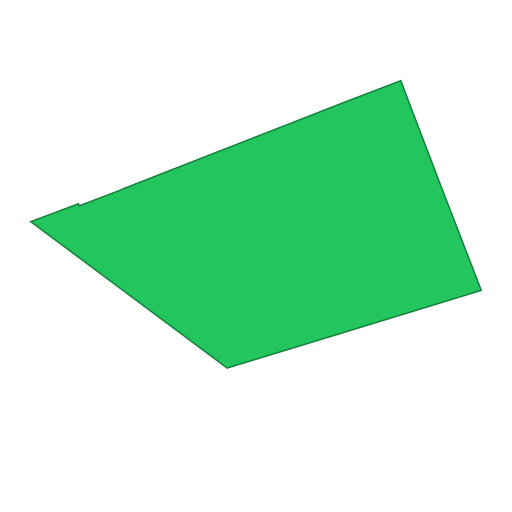 Culberson, Texas, United States of America (orthographic projection), rotated 69°
{"feature_id": "52423323B13187380615958", "entity_name": "Culberson", "entity_type": "district", "adm_level": 2, "iso_a3": "USA", "parent_name": "United States of America", "parent_adm1": "Texas", "projection": "orthographic", "projection_center": [-104.545, 31.332], "detail": "fine", "context": "isolated", "style": "filled", "palette": "green", "viewbox_px": 512, "rotation_deg": 69, "n_neighbors": 0, "source": "geoboundaries", "source_scale": "gbopen_adm2", "svg_char_len": 413}
<svg xmlns="http://www.w3.org/2000/svg" viewBox="0 0 512 512"><g transform="rotate(69 256 256)"><path d="M350.3,323.1L350.6,318.7L350.8,317.2L350.8,314.8L356.3,237.5L368.8,58.0L292.1,58.2L241.4,58.3L241.3,58.2L213.9,58.2L213.3,58.2L162.0,58.1L144.3,58.0L144.2,58.0L144.1,113.4L145.6,354.3L145.9,358.9L145.8,403.0L143.6,403.0L143.2,454.0L350.3,323.1Z" fill="#22c55e" stroke="#15803d" stroke-width="1.5"/></g></svg>